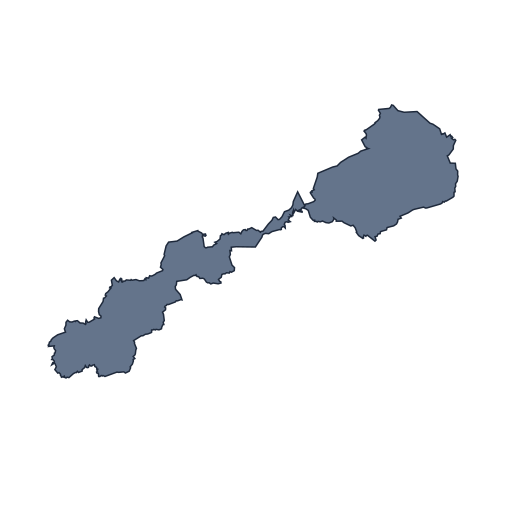 Valle de Juárez, Jalisco, Mexico (Natural Earth projection), rotated 56°
{"feature_id": "50627088B88425942827940", "entity_name": "Valle de Juárez", "entity_type": "district", "adm_level": 2, "iso_a3": "MEX", "parent_name": "Mexico", "parent_adm1": "Jalisco", "projection": "natural_earth1", "projection_center": [-102.978, 19.815], "detail": "fine", "context": "isolated", "style": "filled", "palette": "slate", "viewbox_px": 512, "rotation_deg": 56, "n_neighbors": 0, "source": "geoboundaries", "source_scale": "gbopen_adm2", "svg_char_len": 6101}
<svg xmlns="http://www.w3.org/2000/svg" viewBox="0 0 512 512"><g transform="rotate(56 256 256)"><path d="M248.5,483.7L248.3,482.1L248.8,482.1L249.1,482.9L250.9,481.7L250.8,480.4L252.2,479.1L251.4,473.1L251.6,471.0L252.2,470.2L251.7,468.6L253.3,468.3L254.2,464.5L253.0,463.7L252.7,460.5L251.4,458.8L253.6,458.8L254.5,457.9L254.6,457.1L253.4,455.8L253.2,454.9L254.5,454.8L255.4,453.7L255.1,452.8L255.7,450.8L257.6,451.4L259.1,450.5L260.4,451.0L261.3,450.5L261.4,451.7L262.8,451.8L263.0,453.1L264.2,453.3L265.1,452.3L267.9,453.8L268.6,452.9L268.5,451.1L269.5,450.6L269.5,449.7L271.4,448.6L274.5,436.2L275.7,434.9L278.1,430.4L280.0,429.7L280.6,425.6L278.6,422.5L277.6,422.4L276.5,418.9L274.5,416.4L273.1,415.7L273.3,413.8L270.6,414.0L270.3,411.7L269.6,410.7L266.6,408.1L265.8,406.8L260.6,405.7L259.6,404.9L257.7,404.8L258.0,395.7L258.9,394.3L259.0,391.5L260.1,389.4L260.9,385.9L260.8,385.1L259.0,384.0L259.0,383.6L259.7,382.8L259.7,381.7L261.0,380.9L260.9,379.9L263.0,377.7L263.5,375.1L262.0,373.6L260.8,371.3L261.2,370.7L259.0,370.0L258.3,368.2L252.6,365.3L250.3,364.9L250.0,361.1L248.5,359.9L247.2,360.3L246.7,359.3L246.9,358.0L246.4,356.8L247.3,355.7L249.0,348.5L248.5,347.1L249.3,346.2L250.1,342.8L251.0,341.9L245.5,340.4L238.6,341.3L236.1,340.0L235.4,338.2L232.7,335.9L237.0,326.7L236.9,322.4L237.3,318.3L238.2,317.3L238.0,316.2L239.9,316.4L241.1,315.1L243.2,315.1L244.7,312.5L246.1,311.7L249.9,311.7L251.4,310.9L251.9,309.8L253.9,309.1L254.5,306.6L257.9,302.9L258.8,300.1L257.7,299.6L256.6,300.3L254.4,300.2L254.2,296.7L252.2,294.6L252.8,292.4L253.5,291.8L253.4,289.8L255.2,287.7L254.4,286.3L255.7,285.5L256.0,282.2L253.6,280.3L250.1,281.0L241.8,278.6L240.4,276.4L236.9,274.6L238.0,273.4L234.9,271.6L237.2,267.3L248.2,251.5L243.7,240.6L242.2,238.8L242.1,237.1L242.6,235.4L244.6,233.0L244.7,229.1L247.2,221.8L248.1,220.8L248.1,220.1L246.9,219.4L246.6,217.5L247.2,216.5L249.1,216.1L246.8,214.8L245.5,214.8L244.3,212.9L244.9,211.2L246.0,210.6L246.7,208.4L244.2,209.2L242.8,206.7L242.1,206.9L243.1,204.6L241.4,204.6L242.9,203.6L243.1,202.8L240.6,201.5L238.9,199.2L241.2,200.2L239.6,197.1L242.0,196.6L245.4,193.3L244.8,192.8L243.6,193.6L243.1,193.1L242.1,194.4L242.4,192.0L241.8,191.0L242.2,188.4L242.8,189.9L244.7,188.3L247.4,187.2L254.3,189.3L258.3,188.7L259.1,187.4L260.0,188.2L260.8,186.9L262.1,186.2L262.0,185.2L263.6,183.6L264.2,181.3L267.4,179.4L269.4,177.1L270.2,173.5L269.0,170.7L267.9,170.3L271.1,169.3L272.0,170.0L275.2,165.2L277.5,164.5L284.1,160.6L284.8,158.3L288.1,158.0L292.3,159.0L292.4,159.6L296.5,159.5L301.2,157.6L301.2,156.7L300.3,156.5L299.1,154.8L301.1,153.9L300.7,153.3L301.1,152.0L310.2,149.1L309.9,147.5L306.5,146.5L307.3,144.6L306.0,142.6L306.9,140.6L305.4,139.1L307.3,133.2L305.7,131.4L308.0,125.0L308.0,121.6L306.9,119.6L305.0,117.7L305.8,114.4L303.6,114.4L305.3,105.9L305.4,100.4L305.8,98.7L309.2,89.7L311.0,88.7L311.7,87.5L316.0,74.1L316.2,72.3L315.3,70.7L316.6,69.9L316.3,68.3L316.9,67.5L317.4,59.9L317.1,58.4L313.9,56.2L314.1,55.0L310.8,53.2L310.0,51.5L307.7,50.2L306.5,47.3L302.9,43.9L301.5,43.5L298.4,41.3L295.6,41.5L290.6,38.9L287.6,43.0L279.9,41.4L280.1,39.6L277.6,32.6L274.8,30.6L271.8,25.7L270.5,25.9L270.1,27.3L267.9,28.1L267.8,26.7L266.0,26.8L266.0,27.7L264.0,27.2L264.1,31.5L259.6,30.6L259.5,32.8L259.1,32.8L258.9,34.2L253.3,32.6L245.7,35.6L243.2,37.5L226.3,41.7L219.7,52.8L214.8,57.1L207.9,58.0L206.6,59.1L208.0,61.5L208.1,63.1L203.1,72.3L203.6,73.0L207.3,73.1L208.3,75.0L209.9,75.4L210.9,76.4L211.9,79.5L212.0,82.7L212.5,82.7L212.8,84.0L213.0,93.8L212.5,95.6L213.0,95.9L212.9,96.6L216.2,96.3L217.5,96.8L219.8,98.9L218.5,99.1L218.8,103.5L226.5,104.4L227.9,103.6L228.3,104.0L229.8,102.8L227.6,110.6L228.0,113.8L225.9,124.0L225.7,133.5L226.7,138.4L225.1,142.7L222.0,158.5L224.8,161.1L232.1,170.7L233.6,170.7L233.2,173.3L234.3,173.7L233.5,175.0L233.9,175.6L240.1,175.8L241.9,175.3L242.8,175.7L243.2,177.7L241.8,183.7L240.8,185.5L240.8,187.4L226.1,185.6L231.7,194.6L234.4,197.0L235.8,199.6L236.3,203.1L235.2,207.6L238.0,212.5L238.8,216.0L238.2,217.4L234.6,218.0L233.7,220.1L235.3,222.8L236.4,227.9L239.3,236.4L238.4,238.0L238.8,239.0L235.8,239.9L235.1,241.3L230.1,243.7L229.7,246.6L229.0,247.8L229.8,249.2L229.2,250.1L228.1,250.1L227.3,251.8L227.7,253.8L229.1,256.2L226.7,256.9L223.8,262.1L223.1,262.4L222.3,265.1L222.5,266.7L221.1,266.3L221.2,265.0L220.2,268.3L220.4,270.6L218.5,271.8L219.3,272.8L219.2,274.1L221.8,276.3L222.2,280.1L221.6,282.4L223.7,281.7L223.3,285.0L224.0,286.9L221.6,291.3L221.6,292.2L220.9,293.3L219.2,293.7L211.6,290.0L210.2,289.9L209.2,289.0L211.2,286.9L210.7,285.3L210.6,286.0L209.5,285.6L208.1,288.2L206.5,288.2L203.0,290.2L202.4,290.0L200.6,295.9L201.1,295.9L199.8,305.1L199.5,313.1L195.6,320.7L197.4,324.9L203.3,331.3L204.7,331.6L208.6,338.7L210.1,339.4L211.9,341.5L215.1,340.7L215.9,341.7L214.5,348.1L214.8,349.5L214.5,352.8L214.0,354.2L212.9,355.2L214.3,357.4L212.5,359.2L214.0,360.6L212.8,360.9L213.6,362.7L213.2,363.5L211.3,366.6L208.4,368.7L206.8,372.3L205.7,372.7L206.0,373.6L203.3,376.9L203.5,378.7L202.4,380.4L203.0,381.0L202.8,381.6L202.1,381.8L201.3,381.1L200.1,381.8L200.1,380.2L198.9,380.5L199.1,381.9L200.7,384.4L198.5,385.6L194.6,385.7L195.2,389.4L200.0,391.5L200.5,393.6L200.0,394.2L200.5,395.1L201.5,394.3L202.9,398.8L203.1,401.6L204.2,402.9L205.5,402.4L206.1,405.1L205.7,406.0L208.2,408.2L211.6,415.8L214.0,417.6L217.0,418.7L219.2,418.1L220.5,419.2L219.7,421.4L216.1,423.9L216.8,425.0L218.0,425.0L217.6,431.4L216.9,432.6L214.0,432.5L215.7,434.4L217.1,434.8L217.4,435.6L214.9,436.9L213.2,439.3L209.8,440.2L209.0,441.5L209.3,442.4L208.4,442.9L207.9,445.4L206.4,447.3L203.9,448.1L204.7,450.6L207.1,452.3L209.2,455.6L212.6,456.5L210.4,464.5L210.4,470.2L211.0,472.6L211.9,473.8L211.9,475.4L213.7,477.4L213.7,478.1L214.6,477.8L215.0,478.5L217.7,473.5L218.7,474.7L220.0,475.2L222.3,475.0L224.0,476.7L223.8,477.4L225.3,478.6L225.4,481.4L227.2,482.2L227.6,483.2L228.5,482.2L230.4,482.0L231.5,482.8L230.7,484.0L232.0,486.1L232.1,483.4L232.7,482.8L236.2,483.5L237.7,486.3L242.3,485.8L242.5,484.5L244.7,484.2L245.7,484.9L247.5,484.7L247.9,485.6L247.7,484.2L248.5,483.7Z" fill="#64748b" stroke="#1e293b" stroke-width="1.5"/></g></svg>